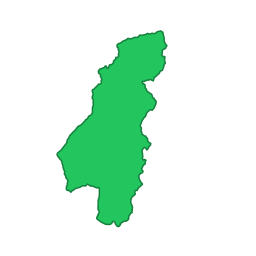 Acomayo, Cusco, Peru (orthographic projection), rotated 52°
{"feature_id": "86281439B20943617264122", "entity_name": "Acomayo", "entity_type": "district", "adm_level": 2, "iso_a3": "PER", "parent_name": "Peru", "parent_adm1": "Cusco", "projection": "orthographic", "projection_center": [-71.657, -13.926], "detail": "fine", "context": "isolated", "style": "filled", "palette": "green", "viewbox_px": 256, "rotation_deg": 52, "n_neighbors": 0, "source": "geoboundaries", "source_scale": "gbopen_adm2", "svg_char_len": 5804}
<svg xmlns="http://www.w3.org/2000/svg" viewBox="0 0 256 256"><g transform="rotate(52 128 128)"><path d="M172.0,143.7L171.7,143.2L171.0,142.7L170.5,142.7L169.5,142.9L168.9,142.6L168.4,142.1L168.2,141.4L167.4,140.2L167.0,139.2L166.6,137.8L167.0,137.2L166.9,136.8L166.4,136.2L165.8,135.9L165.0,134.9L164.8,134.3L164.5,133.8L163.6,133.9L163.1,134.2L162.9,134.7L162.9,135.4L162.7,135.6L160.7,135.3L159.6,133.9L158.0,133.0L157.4,132.5L155.3,131.4L154.7,130.9L153.8,129.7L153.5,128.0L153.6,127.1L153.9,126.6L154.5,126.4L156.7,126.7L156.9,126.5L156.7,125.8L156.5,124.5L155.5,123.1L155.6,122.2L155.3,121.5L155.2,120.6L154.5,120.0L154.2,119.6L153.6,119.7L152.4,120.3L151.0,120.6L149.9,120.3L148.4,119.1L147.4,119.3L146.9,119.1L146.4,119.3L145.3,119.1L144.7,119.7L144.4,119.9L141.2,120.7L139.2,119.5L138.7,119.6L138.2,119.5L137.8,119.0L137.6,118.6L137.0,118.3L136.5,117.6L135.7,117.3L134.2,117.3L133.7,116.8L133.0,116.0L132.8,115.4L130.9,112.4L129.8,109.2L129.7,107.2L129.1,106.2L127.9,104.5L127.6,103.6L127.3,102.1L127.3,99.4L127.6,98.9L128.2,98.4L128.7,98.2L128.9,97.8L128.4,95.4L127.7,93.9L127.2,93.2L126.2,91.2L124.5,89.5L124.1,89.4L123.5,89.5L122.8,89.3L122.0,89.6L120.7,89.2L120.0,89.6L119.4,89.7L118.4,89.5L116.5,88.7L115.6,88.7L112.2,89.9L110.2,90.3L109.6,90.2L108.8,89.7L107.8,89.7L106.6,89.5L106.1,89.2L105.7,88.8L104.3,88.0L103.3,88.3L101.9,89.1L101.6,89.1L101.1,88.7L100.4,88.4L100.3,88.2L100.3,87.6L101.1,87.0L101.4,86.3L101.4,85.3L101.9,84.6L101.7,83.9L103.2,81.9L103.2,81.2L103.9,80.0L105.2,79.8L106.4,79.0L104.4,76.2L104.5,74.7L104.4,73.7L104.5,73.1L104.3,72.6L104.2,69.9L104.2,69.6L103.5,68.6L103.2,67.5L103.1,67.2L103.6,66.0L103.6,65.0L102.6,63.8L101.5,61.7L100.2,60.5L100.1,60.3L100.1,59.0L99.7,58.6L97.8,57.8L96.7,57.1L95.9,56.4L95.1,55.4L94.7,55.2L93.9,55.4L93.4,56.3L91.7,56.7L91.4,56.6L90.3,55.1L89.3,54.3L87.8,52.7L87.7,52.1L88.3,50.3L88.3,49.4L87.3,47.4L87.1,46.7L85.3,46.8L81.7,46.0L79.2,44.0L75.6,42.5L74.3,41.7L73.9,41.6L73.2,42.1L71.9,42.2L71.6,42.7L70.3,45.3L70.1,46.5L70.3,48.0L70.1,48.8L68.2,50.7L67.9,51.3L67.6,52.7L66.5,53.9L65.4,54.4L65.3,56.3L65.1,56.7L63.9,59.1L63.6,59.9L63.4,60.2L62.4,60.9L62.2,61.5L62.1,62.4L62.4,63.2L62.5,63.9L62.4,64.6L61.7,65.7L60.6,66.9L60.4,67.4L60.2,69.4L59.6,70.2L59.2,71.2L58.6,72.0L57.5,72.6L57.4,73.0L57.2,73.4L57.5,74.3L57.5,74.8L56.9,76.7L56.4,78.9L56.5,80.6L56.3,81.8L55.7,83.5L55.6,84.9L56.0,85.6L57.4,86.7L58.5,86.6L59.2,86.7L60.8,87.6L62.0,87.9L63.2,88.8L63.6,89.7L64.2,90.4L64.8,90.7L65.4,90.9L65.6,91.2L65.7,92.0L66.0,92.6L66.0,93.0L65.7,93.4L64.9,94.0L65.3,94.7L66.1,95.3L66.2,96.0L66.2,97.4L66.4,98.4L67.2,98.7L67.8,99.9L67.8,101.3L68.1,102.1L67.8,102.5L67.1,103.0L67.0,104.0L67.4,104.7L68.5,105.9L68.6,106.2L68.2,107.0L68.2,107.5L67.7,107.8L67.4,107.8L67.0,107.7L66.3,107.0L65.7,107.1L65.3,107.5L65.2,108.3L65.6,109.3L65.5,110.5L65.0,111.7L64.2,114.1L64.3,114.4L64.6,114.9L64.7,115.8L64.9,116.3L65.3,116.7L66.0,116.9L66.6,117.3L67.3,117.3L68.6,116.8L69.2,116.9L70.5,118.0L73.0,118.4L73.6,118.8L73.9,119.7L74.3,120.2L75.6,120.8L76.1,121.6L76.3,122.7L76.1,123.5L75.4,124.0L75.4,124.3L75.6,125.8L76.0,126.8L75.9,127.5L76.1,128.6L76.1,129.5L76.4,130.2L76.4,131.0L76.0,132.0L76.2,132.5L76.7,133.3L77.2,133.7L79.0,134.2L79.8,134.6L80.3,135.3L80.7,135.7L81.1,136.7L82.0,137.3L82.5,137.9L83.4,138.0L83.9,137.8L84.2,137.9L85.5,138.8L86.2,139.7L87.0,140.1L88.1,140.9L88.7,141.2L89.1,141.7L89.5,142.9L89.9,143.3L90.5,143.6L90.7,144.0L91.6,144.7L93.9,146.5L94.4,147.2L95.0,149.7L94.5,151.8L95.3,153.3L95.7,154.9L95.8,155.3L95.4,156.1L95.6,157.2L96.1,157.9L96.1,159.9L96.6,161.4L96.5,162.3L96.7,163.7L96.2,165.1L96.0,166.5L96.6,168.9L97.1,170.4L97.0,171.1L97.5,172.4L97.3,174.0L97.8,175.9L98.1,178.5L98.6,179.7L99.5,180.7L99.6,181.9L99.8,182.8L101.8,185.4L102.1,185.9L104.3,194.8L104.3,198.4L104.5,199.3L105.1,200.1L105.5,200.4L108.0,200.8L109.1,200.7L110.2,200.8L112.9,200.6L114.9,201.4L115.5,201.8L118.0,202.6L119.4,203.7L120.7,203.8L121.4,204.3L123.2,204.6L124.3,205.8L125.3,206.5L127.3,206.6L128.9,207.6L129.4,207.6L130.5,207.5L132.4,207.7L134.4,210.1L135.6,210.9L136.1,212.3L137.4,213.6L138.2,214.2L138.9,214.4L139.4,214.3L140.0,214.0L140.4,213.2L141.0,213.2L141.8,212.7L143.1,212.7L143.4,212.5L143.4,212.2L143.1,210.8L143.1,210.0L143.4,209.2L143.3,206.9L145.1,202.3L145.4,200.4L145.8,199.2L146.4,198.3L147.4,197.3L147.6,196.9L147.4,195.7L147.2,195.1L147.3,194.5L147.6,194.3L149.8,193.5L150.7,193.3L151.0,193.0L151.6,191.8L152.4,191.5L155.9,189.5L156.3,189.1L156.7,188.2L156.7,187.9L157.1,187.6L157.7,187.8L158.8,188.3L160.0,189.4L161.2,190.2L163.0,191.7L163.9,192.7L164.6,193.1L165.3,194.1L165.6,194.9L166.3,195.4L166.9,196.3L168.1,197.3L169.5,198.2L170.5,199.2L172.9,201.2L174.4,201.9L175.2,201.7L175.5,201.8L176.6,202.6L179.3,207.6L179.9,208.2L180.5,208.4L181.1,208.3L185.0,207.3L188.4,205.8L190.2,204.8L192.6,202.1L193.0,201.2L193.1,199.6L192.3,197.7L192.5,197.2L194.1,196.2L194.4,196.3L194.9,196.6L196.1,197.0L198.5,197.0L198.9,197.0L199.8,196.1L200.0,195.3L199.7,194.9L199.7,193.6L199.6,193.4L199.1,193.3L198.9,193.1L198.6,192.6L198.6,192.0L199.0,190.3L198.8,188.8L199.1,188.2L199.8,187.5L200.4,186.3L200.3,184.9L200.4,184.0L199.4,183.0L199.1,182.5L198.2,181.9L197.6,180.8L197.5,179.9L196.9,178.5L197.2,177.1L197.0,176.7L195.8,176.3L195.7,175.5L195.0,175.1L193.6,173.6L193.1,173.2L191.7,172.6L189.4,172.1L188.0,171.4L187.5,170.8L186.5,170.2L186.2,169.8L184.7,166.9L184.7,166.0L184.9,165.1L184.7,163.8L184.7,163.2L184.5,162.9L183.9,162.6L182.8,162.3L182.3,161.6L181.9,160.7L181.9,160.3L182.8,159.4L182.8,159.2L182.6,158.5L181.8,157.8L181.8,156.8L181.4,156.1L181.6,155.0L181.4,153.1L181.5,151.9L181.4,151.7L181.0,151.1L180.5,151.0L179.5,151.2L177.9,151.1L176.0,150.7L174.0,149.9L173.3,149.8L173.0,149.6L172.6,148.8L172.0,148.4L171.6,147.1L171.6,146.6L171.8,146.0L172.0,143.7Z" fill="#22c55e" stroke="#15803d" stroke-width="1.5"/></g></svg>